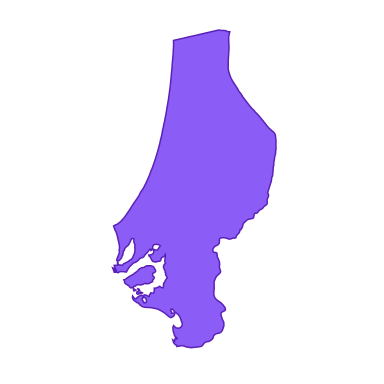 the district of Rio Grande, Rio Grande do Sul, Brazil, rotated 168°
{"feature_id": "56859067B90726041469305", "entity_name": "Rio Grande", "entity_type": "district", "adm_level": 2, "iso_a3": "BRA", "parent_name": "Brazil", "parent_adm1": "Rio Grande do Sul", "projection": "orthographic", "projection_center": [-52.29, -32.209], "detail": "fine", "context": "isolated", "style": "filled", "palette": "violet", "viewbox_px": 384, "rotation_deg": 168, "n_neighbors": 0, "source": "geoboundaries", "source_scale": "gbopen_adm2", "svg_char_len": 6072}
<svg xmlns="http://www.w3.org/2000/svg" viewBox="0 0 384 384"><g transform="rotate(168 192 192)"><path d="M119.8,169.6L118.3,171.6L117.7,173.0L117.9,174.5L118.2,175.5L112.2,186.1L110.8,189.9L109.9,190.9L107.9,197.2L107.6,198.8L106.4,201.4L105.9,203.7L104.4,207.3L103.8,209.3L102.4,211.8L101.5,215.1L100.6,217.4L100.6,218.5L99.2,224.8L98.6,230.3L98.9,231.8L99.5,233.3L103.2,238.1L104.7,240.7L107.7,246.9L111.2,253.5L113.7,257.4L114.6,259.3L115.9,261.0L118.2,265.4L122.5,274.4L123.6,277.7L125.2,280.9L125.8,283.1L129.4,292.5L130.4,296.3L130.7,298.5L131.1,303.6L131.0,305.0L129.0,313.9L125.8,325.3L124.4,333.7L123.7,336.6L121.7,340.9L123.8,341.5L124.6,341.8L125.3,342.8L130.4,344.2L132.2,344.9L178.6,344.1L179.4,339.8L181.7,331.1L184.8,321.1L185.3,319.1L190.9,301.2L195.7,287.7L198.2,281.5L199.1,279.2L201.7,272.5L202.4,271.1L203.8,267.6L206.0,262.9L206.8,260.8L207.9,258.7L208.7,256.6L209.9,253.7L210.9,251.6L211.5,250.5L213.5,246.0L216.9,239.4L218.0,237.3L220.8,232.2L224.9,225.3L228.9,219.3L230.5,216.7L232.3,214.2L235.5,209.9L238.1,206.7L239.4,205.2L242.1,202.7L244.6,199.5L247.1,197.0L251.1,193.3L256.1,188.2L260.1,184.3L263.2,181.4L265.6,179.6L268.0,177.9L270.4,176.7L272.2,175.9L273.4,175.8L275.8,175.1L275.2,170.8L274.9,169.8L274.4,167.4L274.2,164.8L274.2,163.0L274.1,155.9L274.5,152.4L275.3,150.5L275.7,147.6L279.3,142.2L279.9,140.7L279.0,139.7L276.8,140.5L274.7,142.1L273.5,144.2L272.8,144.7L271.5,148.3L270.2,149.1L269.7,150.6L267.4,152.2L265.3,153.2L262.7,156.3L260.8,159.0L258.7,158.4L258.9,157.0L259.3,155.2L258.8,152.1L259.4,150.2L259.6,148.4L260.0,146.5L260.7,144.6L261.4,143.4L262.7,141.6L263.8,140.1L264.5,139.4L265.5,138.7L266.7,138.3L269.1,137.2L270.0,136.9L271.5,136.6L272.4,136.3L273.5,136.1L274.5,135.5L275.4,134.7L277.2,135.5L278.6,135.8L279.3,137.0L280.3,136.0L281.9,136.2L283.4,136.4L283.0,133.6L282.3,130.9L282.3,129.2L281.2,128.4L279.3,129.0L277.9,128.9L276.9,128.7L274.9,128.1L274.0,127.7L272.7,127.4L271.7,128.7L269.7,130.9L267.7,132.5L265.7,133.6L264.7,134.4L263.8,134.8L262.3,134.9L261.4,135.1L259.8,135.8L258.0,136.8L256.3,138.1L254.0,138.1L252.6,138.7L251.9,139.5L250.6,140.7L249.0,141.6L244.9,144.9L244.1,144.5L244.3,143.3L243.3,143.4L242.6,144.3L242.2,145.2L241.6,147.2L240.6,148.2L239.5,148.4L237.4,148.2L236.4,147.7L235.0,147.2L234.1,145.9L235.1,145.1L237.9,142.4L239.2,142.6L241.4,143.9L241.6,142.3L242.0,140.8L243.2,139.7L244.8,139.1L247.4,139.3L247.3,138.2L246.3,137.0L245.8,134.7L244.9,132.3L242.0,131.0L239.7,131.2L237.9,131.0L236.9,131.5L235.9,133.6L234.8,134.2L232.7,134.7L231.2,136.3L231.6,133.8L232.4,132.1L233.1,129.4L232.9,127.5L234.2,126.9L235.3,125.4L235.5,124.2L235.1,121.5L234.6,120.5L235.0,118.9L234.5,117.8L235.1,116.5L234.3,114.5L233.9,113.4L236.8,110.7L237.2,109.7L238.7,108.7L239.7,105.2L240.1,104.4L241.9,104.9L242.7,105.9L243.5,106.6L244.6,105.8L246.1,105.8L247.4,105.5L249.0,105.8L249.2,103.7L249.7,102.9L250.4,101.2L251.4,101.2L253.2,102.0L254.0,101.0L255.1,100.2L255.5,98.8L256.4,99.0L258.5,100.8L260.2,101.3L261.5,100.0L262.2,101.1L263.0,101.7L265.3,101.2L267.2,100.4L269.0,99.1L270.0,99.8L271.0,100.1L271.1,101.4L271.7,102.6L272.2,101.1L271.7,98.5L268.7,95.1L267.4,94.5L266.7,92.8L265.6,91.5L264.3,90.1L261.4,88.8L256.1,87.4L250.0,84.7L246.8,82.1L243.7,79.1L240.7,75.1L238.9,73.5L236.1,74.1L235.0,75.2L234.3,76.2L234.7,77.2L237.2,77.8L237.0,78.9L237.4,80.1L237.1,81.7L235.4,81.4L234.3,79.1L233.1,77.4L231.0,75.1L230.3,73.7L229.5,70.9L229.3,68.1L228.8,65.5L229.3,63.9L229.8,63.1L231.5,61.8L232.4,61.6L233.6,61.6L236.0,62.5L237.8,65.2L238.9,63.4L239.2,61.1L239.3,58.9L239.0,57.3L239.0,55.0L237.4,52.7L236.8,50.9L238.5,52.7L239.5,51.3L240.0,49.7L240.6,50.3L241.5,51.3L241.4,49.1L241.1,47.9L239.9,45.9L238.8,45.3L238.9,44.0L233.9,43.8L232.8,43.5L229.5,41.5L225.2,39.9L217.2,39.1L214.9,39.1L213.5,39.9L211.3,41.8L210.4,42.2L208.8,42.5L206.9,42.3L205.3,42.6L202.5,44.0L201.7,44.9L200.7,47.0L198.2,48.3L194.3,48.4L192.9,48.8L191.1,50.3L188.6,54.5L188.0,58.0L188.8,61.4L189.1,64.4L189.2,66.5L188.5,67.8L187.7,68.3L184.3,69.2L183.7,70.1L183.7,72.0L184.9,74.7L186.4,77.2L190.5,81.7L191.6,83.7L192.0,86.4L191.8,88.2L190.1,94.1L189.3,98.6L188.6,100.4L186.7,103.2L185.3,104.6L181.6,106.8L180.9,107.6L180.5,108.6L180.9,112.7L180.0,115.4L179.7,118.2L180.2,121.1L180.7,123.1L180.6,124.2L180.4,125.4L180.4,127.1L181.3,128.0L182.4,128.1L183.4,128.6L183.8,129.8L183.6,131.2L183.1,132.3L181.8,133.4L181.0,134.0L180.1,134.3L178.7,134.6L177.6,135.0L176.0,136.3L175.5,137.7L175.1,139.5L174.7,140.5L173.8,141.0L172.5,141.1L170.2,140.6L168.7,140.1L167.6,139.5L166.5,138.7L165.6,138.3L164.5,138.0L163.5,138.1L162.3,138.3L161.4,138.4L159.7,138.0L158.5,138.2L158.2,139.3L157.1,140.4L154.5,142.2L153.7,143.2L153.2,144.2L152.7,145.4L151.9,145.1L149.8,147.4L149.5,148.4L149.0,149.6L148.0,150.7L147.2,151.3L143.9,153.2L142.6,153.6L138.0,153.5L136.9,154.4L136.3,156.1L135.6,157.5L134.4,158.1L133.4,157.9L132.3,158.1L130.3,159.9L129.2,160.4L127.3,160.9L126.2,161.4L125.1,162.4L123.7,163.3L122.2,163.8L121.4,164.3L120.7,165.6L120.3,167.9L119.8,169.6ZM261.5,100.0L259.3,97.4L259.0,95.2L260.0,93.4L262.0,93.4L262.3,95.2L262.9,96.0L263.1,97.9L262.2,98.2L261.5,100.0ZM269.4,110.9L268.7,111.7L266.8,111.8L265.6,112.6L263.8,112.6L262.3,111.9L261.0,111.7L259.6,111.8L256.7,112.5L256.0,111.7L253.0,111.4L251.2,112.1L250.1,112.2L249.1,112.7L248.8,114.1L247.4,115.0L246.8,115.8L246.8,116.9L247.8,118.2L247.7,119.7L247.3,120.6L245.1,121.1L244.0,122.1L244.0,123.2L245.2,126.9L246.7,128.0L247.5,128.4L251.3,129.2L252.6,129.1L254.6,128.2L257.0,128.4L259.3,127.8L262.5,125.6L265.0,124.6L266.0,123.9L271.5,122.2L275.8,120.2L276.9,120.3L276.6,118.5L276.7,117.1L275.6,115.6L273.0,113.0L272.7,112.0L271.6,110.8L269.4,110.9ZM266.1,103.2L263.4,103.6L260.8,103.4L262.8,104.7L264.3,104.8L265.3,106.0L266.9,105.6L267.1,103.9L266.1,103.2ZM282.3,129.2L283.5,130.8L284.4,133.6L285.4,134.3L284.9,131.3L284.7,129.6L282.3,129.2ZM269.4,110.9L269.6,107.6L268.8,107.2L267.3,107.8L268.7,108.6L269.4,110.9ZM264.7,106.7L263.7,106.6L264.1,108.1L265.0,108.6L264.7,106.7ZM279.0,139.7L279.8,137.9L279.3,137.0L279.0,139.7Z" fill="#8b5cf6" stroke="#5b21b6" stroke-width="1.5"/></g></svg>